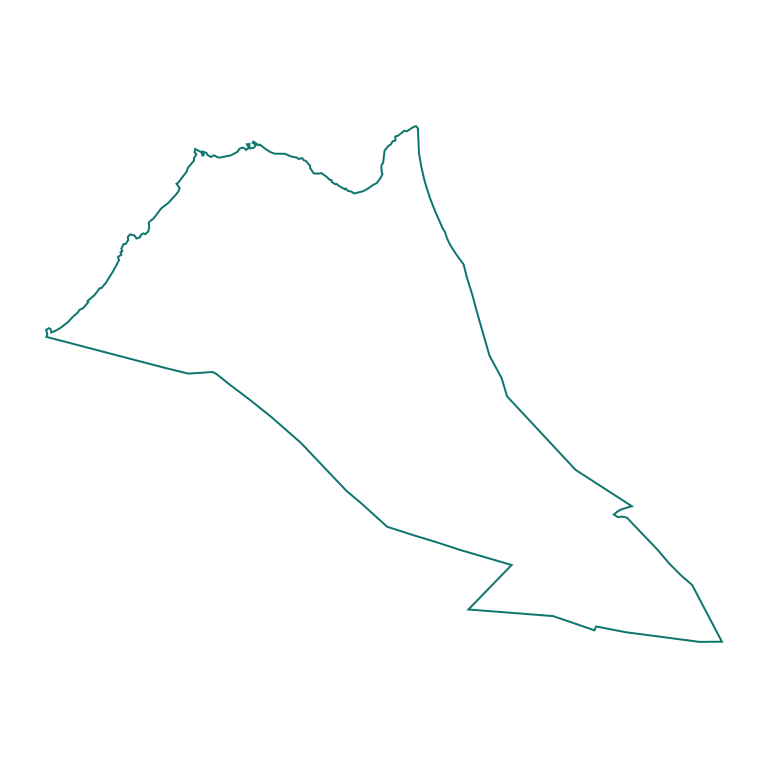 outline of Falealupo, Vaisigano, Samoa
{"feature_id": "51752279B91405763132187", "entity_name": "Falealupo", "entity_type": "district", "adm_level": 2, "iso_a3": "WSM", "parent_name": "Samoa", "parent_adm1": "Vaisigano", "projection": "orthographic", "projection_center": [-172.771, -13.521], "detail": "fine", "context": "isolated", "style": "outline", "palette": "teal", "viewbox_px": 768, "rotation_deg": 0, "n_neighbors": 0, "source": "geoboundaries", "source_scale": "gbopen_adm2", "svg_char_len": 2378}
<svg xmlns="http://www.w3.org/2000/svg" viewBox="0 0 768 768"><path d="M417.9,128.4L415.9,126.1L413.2,127.1L406.9,131.3L404.3,130.7L398.5,135.4L395.2,136.6L395.5,140.4L392.7,141.3L390.7,144.5L388.5,145.8L384.6,150.5L383.1,162.9L381.8,164.4L381.3,167.1L381.9,173.1L382.5,174.2L379.8,179.2L376.7,183.1L373.2,184.9L367.0,189.2L362.9,191.3L354.1,193.5L351.4,191.6L348.2,191.0L345.6,188.5L344.8,189.3L338.6,185.7L336.6,183.9L335.5,184.3L331.9,182.1L331.4,180.1L330.1,180.1L326.6,176.8L321.4,173.1L318.2,173.7L313.7,173.4L310.1,168.0L310.2,166.0L305.7,160.8L303.6,160.2L302.3,158.2L298.6,159.0L297.2,157.7L291.5,156.6L284.9,153.8L274.6,153.7L270.3,152.0L265.8,149.2L259.9,144.6L258.7,145.3L253.5,141.6L252.6,142.7L256.0,145.1L253.9,147.7L250.4,148.5L249.2,146.6L249.5,144.0L246.9,144.3L249.0,147.8L246.0,149.9L244.8,148.4L242.4,147.6L239.5,148.8L237.6,151.7L230.9,155.3L220.3,157.5L217.8,157.4L214.0,155.3L211.0,157.0L207.8,155.2L206.4,152.9L202.8,151.7L203.8,154.8L202.5,155.6L201.4,152.3L195.1,149.0L194.5,152.3L196.4,154.3L194.0,158.0L194.0,160.5L187.8,168.0L186.8,171.4L178.4,182.5L176.5,183.8L179.6,187.9L178.8,190.8L176.3,194.2L168.1,203.1L161.0,208.6L157.3,213.6L153.3,218.7L149.4,221.7L148.7,223.1L149.2,226.8L148.4,231.3L145.3,234.2L143.4,233.4L140.7,235.0L140.1,237.2L136.5,238.5L134.3,235.4L130.2,234.4L127.8,236.9L128.2,240.0L125.6,244.0L123.6,244.1L121.3,248.7L122.4,251.1L120.5,252.3L121.4,254.7L118.0,256.9L119.0,260.2L113.7,270.2L106.0,282.7L101.4,288.1L99.8,288.2L94.3,295.3L87.4,301.2L88.2,302.2L83.2,308.1L79.1,310.1L78.3,312.0L72.3,317.3L68.2,321.9L60.3,328.0L55.8,330.6L51.3,332.5L50.5,328.9L48.7,328.2L46.1,330.0L47.3,333.9L46.4,336.9L165.3,368.0L188.3,373.6L212.5,372.0L216.3,373.9L229.9,384.8L249.3,399.4L271.1,416.8L301.0,443.0L346.6,491.0L361.6,503.6L387.2,526.8L413.7,535.3L437.1,542.4L459.6,549.8L511.6,565.0L468.4,609.5L553.1,616.1L594.5,630.3L596.2,626.5L625.5,632.2L699.4,641.9L721.9,641.7L692.2,585.1L681.3,575.6L669.3,563.6L657.7,549.9L634.7,525.9L627.0,517.7L622.1,516.6L618.1,517.2L613.8,514.6L616.9,512.0L620.8,509.6L631.8,506.2L580.7,473.2L575.6,469.9L523.3,413.8L507.1,396.4L501.7,378.3L489.5,355.7L476.7,311.2L472.4,295.1L467.1,278.2L463.6,264.4L456.1,254.2L450.2,245.0L447.2,238.8L444.8,231.6L442.6,228.2L434.9,210.7L430.1,198.4L426.0,185.7L424.3,179.7L421.3,166.7L419.0,153.3L417.9,128.4Z" fill="none" stroke="#0f766e" stroke-width="2"/></svg>